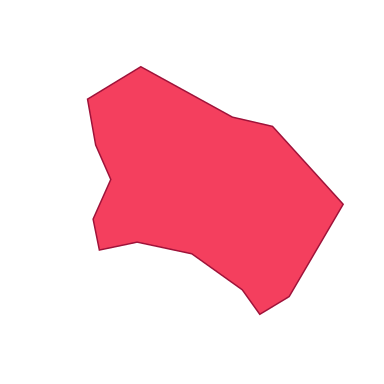 map outline of San Ġwann (Mercator projection), rotated 212°
{"feature_id": "MLT-5937", "entity_name": "San Ġwann", "entity_type": "state/province", "adm_level": 1, "iso_a3": "MLT", "parent_name": "Malta", "parent_adm1": "", "projection": "mercator", "projection_center": [14.476, 35.906], "detail": "fine", "context": "isolated", "style": "filled", "palette": "rose", "viewbox_px": 384, "rotation_deg": 212, "n_neighbors": 0, "source": "natural_earth", "source_scale": "10m", "svg_char_len": 345}
<svg xmlns="http://www.w3.org/2000/svg" viewBox="0 0 384 384"><g transform="rotate(212 192 192)"><path d="M239.8,93.7L261.5,116.6L267.5,159.6L298.6,180.8L329.8,215.4L301.8,271.1L197.4,276.9L158.5,290.3L57.3,261.7L54.2,154.8L69.7,124.2L97.5,135.7L159.4,139.5L212.0,120.4L239.8,93.7Z" fill="#f43f5e" stroke="#9f1239" stroke-width="1.5"/></g></svg>